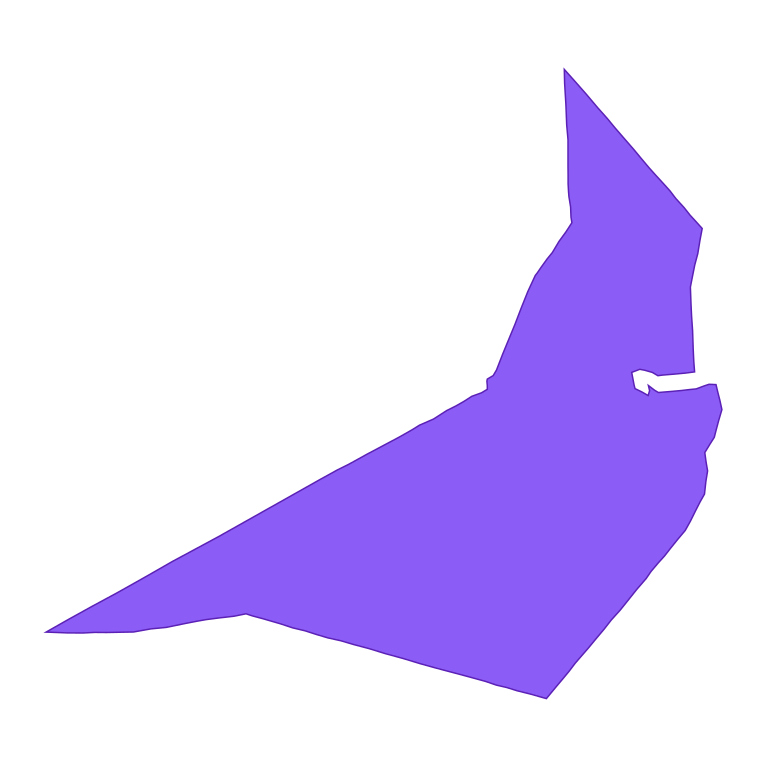 Al-Kaim, Al-Anbar, Iraq
{"feature_id": "34846034B30812362008382", "entity_name": "Al-Kaim", "entity_type": "district", "adm_level": 2, "iso_a3": "IRQ", "parent_name": "Iraq", "parent_adm1": "Al-Anbar", "projection": "albers", "projection_center": [41.099, 34.433], "detail": "fine", "context": "isolated", "style": "filled", "palette": "violet", "viewbox_px": 768, "rotation_deg": 0, "n_neighbors": 0, "source": "geoboundaries", "source_scale": "gbopen_adm2", "svg_char_len": 2316}
<svg xmlns="http://www.w3.org/2000/svg" viewBox="0 0 768 768"><path d="M546.4,698.6L547.2,697.6L556.3,686.6L562.7,679.0L569.0,671.4L575.3,663.1L588.5,647.9L596.6,638.1L604.1,629.2L611.2,620.1L620.3,610.0L629.6,598.4L636.7,589.5L646.2,578.5L651.0,571.5L658.0,563.2L664.6,555.9L670.6,548.2L677.7,539.4L685.2,530.5L690.5,521.0L695.5,510.9L700.2,501.7L704.5,494.1L705.9,481.3L707.6,470.9L706.1,462.1L704.8,452.6L709.8,444.4L714.3,437.3L716.0,430.6L718.7,420.5L721.9,409.6L719.9,400.4L717.8,392.2L716.0,384.6L711.9,384.4L709.0,384.3L704.2,385.9L696.2,388.9L689.1,389.6L681.6,390.5L670.5,391.5L658.4,392.5L654.7,390.3L648.4,385.5L649.6,390.7L648.1,395.5L641.8,391.9L635.0,388.6L634.0,384.6L631.7,372.4L639.8,369.3L644.5,370.2L652.3,372.4L657.9,375.7L662.4,375.1L674.5,374.1L685.3,373.1L694.6,371.9L693.8,361.5L693.2,349.0L692.6,330.7L691.6,316.4L691.0,303.9L690.4,287.1L692.4,276.8L694.8,264.8L697.8,253.6L700.0,240.1L702.2,228.5L695.9,221.5L690.1,215.2L684.1,207.6L675.8,198.5L670.0,190.9L662.9,183.0L655.9,175.4L649.1,167.8L641.1,158.3L633.8,149.5L623.8,138.0L614.8,127.6L607.3,118.5L597.5,107.5L586.2,94.1L575.0,81.4L565.7,71.0L564.3,69.4L564.6,83.0L565.9,104.7L566.7,125.0L568.0,139.7L568.0,153.8L568.0,166.0L568.1,175.1L568.1,183.7L568.5,191.3L568.9,196.4L570.6,207.0L571.0,217.1L571.9,222.7L566.0,231.8L559.0,241.4L552.3,252.6L547.3,258.7L541.1,267.3L537.0,273.3L535.3,275.4L527.8,291.6L521.1,308.3L514.9,324.5L508.2,340.7L502.8,353.8L496.5,370.0L493.2,375.6L489.8,377.6L487.3,379.1L486.9,381.2L487.3,385.7L487.3,389.3L481.5,392.8L471.8,396.3L463.9,401.4L456.0,405.9L446.8,410.5L433.4,419.1L419.6,425.1L412.4,429.6L399.0,437.2L366.8,454.3L348.7,464.3L337.4,469.9L320.2,479.4L268.5,508.5L222.8,534.2L220.6,535.5L172.5,561.4L144.7,577.3L116.4,593.2L92.3,606.2L67.4,620.0L46.1,632.1L49.1,632.2L67.0,632.9L82.9,633.0L94.7,632.4L106.5,632.5L121.7,632.2L133.5,632.0L150.8,628.9L166.3,627.4L185.2,623.5L197.1,621.2L206.2,619.6L221.0,617.7L222.1,617.6L234.2,616.2L246.0,613.8L252.4,615.9L263.2,618.8L280.4,623.8L292.8,627.9L305.0,630.8L316.8,634.6L327.9,637.9L341.0,640.8L353.5,644.5L369.0,648.6L385.2,653.6L403.1,658.5L420.6,663.8L436.8,668.3L455.7,673.3L470.6,677.3L485.5,681.4L496.3,685.1L506.7,687.5L517.2,690.8L530.1,694.0L544.6,698.1L545.4,698.3L546.4,698.6Z" fill="#8b5cf6" stroke="#5b21b6" stroke-width="1.5"/></svg>